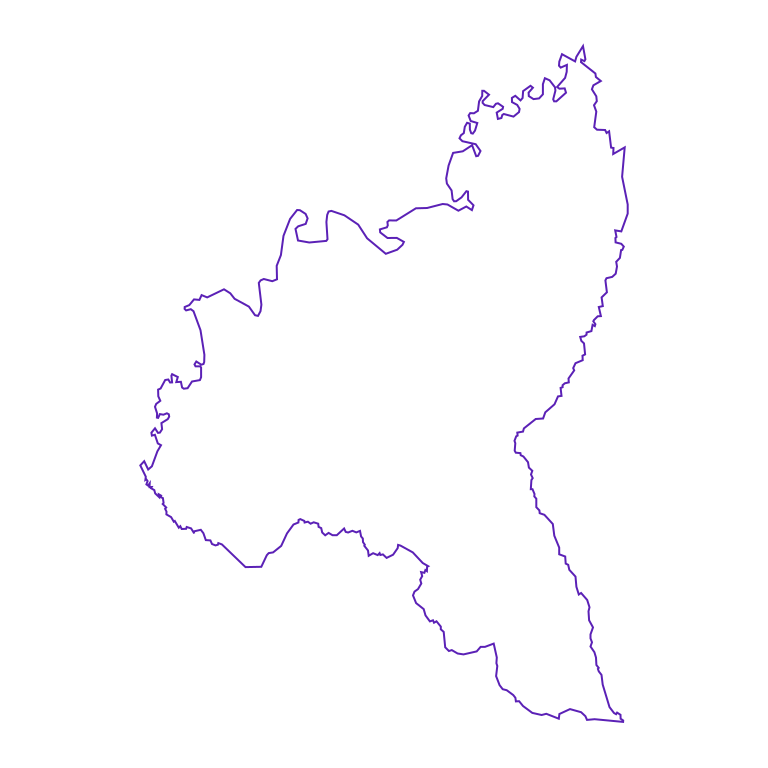 the district of Chonnabot, Khon Kaen, Thailand
{"feature_id": "78962969B78938265467215", "entity_name": "Chonnabot", "entity_type": "district", "adm_level": 2, "iso_a3": "THA", "parent_name": "Thailand", "parent_adm1": "Khon Kaen", "projection": "equal_earth", "projection_center": [102.548, 16.027], "detail": "fine", "context": "isolated", "style": "outline", "palette": "violet", "viewbox_px": 768, "rotation_deg": 0, "n_neighbors": 0, "source": "geoboundaries", "source_scale": "gbopen_adm2", "svg_char_len": 6081}
<svg xmlns="http://www.w3.org/2000/svg" viewBox="0 0 768 768"><path d="M595.4,73.5L581.0,62.1L581.2,59.6L584.4,61.1L585.4,59.3L583.0,46.1L576.4,56.8L575.1,61.4L562.0,54.2L559.3,61.6L559.0,65.7L560.7,67.6L566.9,64.9L566.7,71.8L565.1,77.9L557.1,87.0L559.4,88.7L564.7,88.4L566.0,92.7L556.4,101.3L554.1,101.3L553.2,99.3L555.4,90.7L555.0,87.3L549.6,80.3L544.9,78.2L542.9,84.2L542.9,94.3L539.1,98.4L533.5,99.1L528.8,96.1L528.6,92.6L532.9,87.7L530.5,85.8L523.1,91.1L522.6,98.0L520.5,100.4L515.3,95.8L511.9,97.9L512.0,102.1L517.2,104.9L519.6,108.9L519.0,112.1L513.5,116.6L503.8,114.0L502.3,115.0L501.4,118.0L497.9,118.9L496.7,112.6L502.7,108.8L503.1,106.8L498.0,103.3L495.9,103.8L493.3,107.1L484.6,105.0L482.6,102.8L482.7,101.1L489.0,94.7L484.0,90.8L482.3,90.8L482.2,96.0L479.1,101.4L477.9,110.8L473.9,113.3L470.2,113.1L468.6,115.5L470.7,121.0L477.3,123.0L475.0,130.6L472.8,133.6L471.2,133.2L469.9,129.6L469.8,123.6L467.1,122.8L464.8,126.8L463.8,133.1L460.9,135.3L459.5,138.3L462.4,141.2L475.7,144.2L480.5,151.0L478.1,155.8L476.2,156.2L472.1,145.2L462.8,151.3L453.1,152.9L448.6,165.5L446.2,178.4L446.9,183.6L451.6,190.5L452.6,199.1L454.1,201.3L456.2,201.2L461.5,197.4L466.4,191.2L468.0,191.6L468.1,199.8L473.5,205.3L471.9,210.1L466.3,206.5L458.4,210.7L447.5,204.5L442.7,204.0L427.1,208.0L415.9,208.3L396.3,220.5L389.1,220.4L387.4,222.0L387.8,225.3L386.9,227.3L379.9,229.4L380.2,232.4L387.5,238.0L396.8,237.9L403.9,241.9L402.5,244.8L397.2,249.7L385.8,253.8L367.1,238.3L358.2,224.6L344.4,215.3L331.4,210.9L328.6,211.5L327.2,214.9L326.4,222.0L327.5,239.2L326.3,240.9L309.3,242.5L298.0,240.5L295.5,228.9L298.2,226.3L305.7,223.9L307.6,218.4L305.6,213.9L299.9,210.2L297.1,210.0L290.1,218.9L283.5,235.8L280.9,255.1L276.7,265.8L277.0,279.3L272.3,281.2L263.8,279.0L260.6,280.4L258.8,282.9L261.4,304.7L260.5,311.2L258.0,315.9L255.0,315.2L248.9,306.6L234.6,298.8L230.3,293.3L224.0,289.3L207.2,297.4L201.6,295.1L199.4,299.9L194.0,299.4L189.3,305.1L184.7,307.0L184.6,308.9L186.1,310.4L190.8,309.2L193.5,311.2L200.5,330.2L204.4,354.8L204.2,362.0L203.5,364.0L201.3,364.7L196.3,361.5L194.5,364.4L195.5,366.3L200.2,366.3L201.1,367.5L201.1,377.2L199.9,380.1L192.0,381.5L187.6,388.2L183.8,388.7L182.1,387.5L180.9,381.8L176.3,382.1L177.8,377.0L172.1,374.2L171.4,375.7L172.1,382.4L170.1,382.5L168.3,379.5L165.2,380.0L160.6,388.5L158.1,389.6L158.3,396.3L160.3,400.8L156.2,403.9L155.0,406.8L157.1,413.4L156.9,417.6L158.1,417.9L159.9,414.1L163.4,414.7L166.9,413.3L168.8,414.3L169.2,416.6L167.8,419.1L161.4,423.1L162.1,429.2L159.9,432.6L158.0,432.9L155.0,428.3L151.4,432.7L151.9,435.6L154.9,434.8L157.8,443.4L161.0,445.2L157.4,451.3L151.9,466.3L148.2,469.5L144.2,461.2L140.3,465.4L145.8,476.7L145.4,479.9L146.3,479.3L147.6,481.1L146.4,484.4L148.1,485.6L149.7,483.3L149.5,487.1L151.7,487.0L151.0,488.2L154.3,490.1L155.2,493.4L159.0,497.0L158.8,494.3L161.2,495.7L160.7,497.2L162.9,498.1L163.6,502.9L162.7,504.0L166.2,507.5L165.1,508.8L166.5,511.6L166.4,514.4L171.1,517.1L173.8,521.7L174.8,521.0L178.8,527.7L180.3,526.2L181.7,529.0L186.1,528.8L186.7,527.0L191.1,528.4L194.2,533.4L193.8,531.4L200.8,529.8L203.4,533.2L205.8,540.1L210.4,540.4L212.0,544.0L215.5,545.4L217.9,544.7L218.3,543.1L221.9,544.4L245.5,567.1L261.3,566.8L266.8,555.2L268.7,553.1L273.1,552.4L281.2,545.9L287.0,533.4L293.5,524.5L298.4,522.5L298.6,519.9L300.2,519.1L304.3,520.9L304.6,522.5L307.9,521.7L310.6,523.7L313.7,522.3L318.2,523.7L318.6,526.9L321.2,528.1L322.2,532.5L325.2,535.3L328.6,532.9L332.5,535.2L336.8,535.2L344.1,528.5L345.7,531.9L348.1,532.5L352.4,530.8L356.3,532.4L360.0,530.9L361.1,536.5L362.8,538.5L363.0,542.1L364.8,544.7L364.3,545.8L368.0,550.5L368.7,555.8L373.1,553.2L377.7,555.1L379.6,553.1L380.3,555.0L382.9,554.4L386.6,557.9L393.1,554.7L397.7,548.1L398.1,544.9L400.5,545.6L412.8,552.4L422.7,563.0L428.2,566.2L427.1,566.8L426.9,571.1L425.4,570.0L424.4,572.8L421.1,572.1L422.2,576.1L420.2,579.7L421.3,583.5L418.0,589.1L414.5,591.6L413.0,595.4L416.1,603.1L423.7,609.1L425.5,615.4L429.9,621.4L433.0,620.3L434.0,622.7L436.5,621.3L440.8,626.6L440.8,629.3L443.7,631.9L445.2,647.3L448.9,651.0L451.8,650.1L457.6,653.5L463.5,654.4L476.7,651.4L480.6,646.9L484.9,646.9L493.7,643.6L496.8,657.5L496.4,663.2L497.3,666.0L496.1,676.1L499.6,685.2L502.7,689.2L506.7,690.2L513.3,695.1L515.4,697.8L515.9,701.4L519.1,701.2L523.0,706.0L532.3,712.9L541.6,715.0L546.3,713.8L558.8,718.7L559.4,714.0L570.0,709.1L581.1,712.2L585.4,716.2L587.0,719.9L594.6,719.2L623.1,721.9L623.2,720.5L620.6,718.7L620.5,714.8L617.1,712.6L616.1,714.2L614.0,713.0L609.5,707.1L602.7,684.6L601.5,674.9L598.8,671.4L597.9,668.9L598.7,667.9L596.4,665.0L596.0,657.6L594.4,652.2L590.5,646.5L592.0,642.3L590.5,638.4L590.5,634.4L593.0,627.4L589.1,620.3L588.5,611.3L589.5,607.3L587.2,600.0L581.1,593.0L578.8,594.5L576.4,586.8L575.5,576.6L569.3,569.8L568.2,564.8L565.7,563.6L565.2,556.5L559.2,554.3L559.2,547.6L554.3,535.7L552.8,524.0L544.4,514.8L539.7,513.2L539.4,510.4L536.3,507.2L536.3,498.7L534.3,496.4L534.5,494.0L532.5,489.2L530.8,489.2L531.4,480.1L532.7,478.1L531.0,474.5L532.3,470.8L528.9,467.6L528.0,462.2L523.4,456.5L520.7,455.2L520.4,453.1L515.8,452.7L514.7,450.7L515.3,443.2L514.5,440.8L516.2,436.3L517.6,435.6L517.3,432.6L523.0,431.6L523.9,428.4L535.7,419.0L543.1,418.5L545.3,412.3L554.5,404.3L558.0,396.4L561.5,395.9L560.6,387.9L562.6,387.2L562.6,385.2L564.8,383.3L568.8,382.4L568.5,378.5L574.2,370.4L573.2,368.1L575.5,363.2L582.7,360.2L582.5,355.7L585.1,354.4L584.0,343.4L581.3,340.8L580.2,336.9L584.3,336.3L586.5,334.7L586.6,332.5L591.4,331.1L592.6,324.8L594.8,326.1L595.4,324.2L593.3,321.3L593.9,320.1L597.7,316.3L600.9,316.1L598.8,307.0L602.8,306.1L601.6,297.4L606.9,292.3L605.4,280.4L606.5,278.2L612.2,276.9L615.7,273.7L617.0,266.5L616.2,261.8L619.9,257.9L621.1,250.1L622.3,249.9L623.8,246.6L621.3,243.8L615.6,242.4L615.4,238.0L616.5,237.0L615.2,230.4L621.3,231.4L627.7,213.6L627.7,204.5L622.1,176.8L624.7,147.4L613.2,154.0L613.5,148.0L611.1,147.6L609.1,131.3L606.6,133.0L605.1,130.0L597.0,129.7L594.2,127.2L596.3,111.6L594.0,105.2L596.8,101.2L596.3,96.3L591.9,89.3L593.4,85.3L600.8,81.0L595.9,77.0L595.4,73.5Z" fill="none" stroke="#5b21b6" stroke-width="2"/></svg>